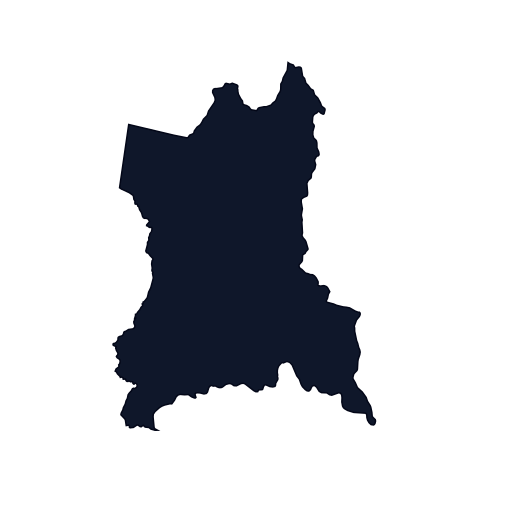 outline of Roraima, rotated 193°
{"feature_id": "BRA-670", "entity_name": "Roraima", "entity_type": "State", "adm_level": 1, "iso_a3": "BRA", "parent_name": "Brazil", "parent_adm1": "", "projection": "robinson", "projection_center": [-61.438, 1.924], "detail": "fine", "context": "isolated", "style": "filled", "palette": "ink", "viewbox_px": 512, "rotation_deg": 193, "n_neighbors": 0, "source": "natural_earth", "source_scale": "10m", "svg_char_len": 6126}
<svg xmlns="http://www.w3.org/2000/svg" viewBox="0 0 512 512"><g transform="rotate(193 256 256)"><path d="M340.0,60.3L340.7,60.5L341.2,61.9L341.9,62.6L344.3,61.6L346.3,66.6L347.1,67.7L351.9,70.9L352.0,72.5L351.1,76.1L351.1,78.3L350.1,82.2L350.0,85.7L349.3,88.3L349.4,92.0L348.6,94.0L347.2,96.4L346.5,98.9L345.6,99.6L344.1,99.7L342.7,101.4L342.6,102.5L342.8,103.6L343.4,104.4L344.8,105.0L345.6,104.8L346.0,103.7L346.5,103.7L347.4,104.4L347.7,105.5L348.2,105.7L350.0,105.2L351.9,105.8L352.4,105.0L353.5,104.8L354.5,105.3L355.5,106.7L357.6,106.1L357.9,106.3L357.7,107.0L358.1,107.5L360.1,107.8L360.9,107.2L361.6,108.2L364.6,110.1L365.9,111.7L367.3,112.1L366.9,114.5L365.1,116.6L364.6,117.7L365.3,119.0L364.6,120.4L364.6,122.6L365.2,124.1L366.1,124.8L368.3,125.6L369.4,126.6L369.2,127.4L368.6,128.4L368.5,129.8L369.0,130.7L370.7,132.5L372.0,134.7L372.0,136.2L375.0,136.9L375.5,138.0L375.1,138.7L373.7,139.3L372.7,140.4L371.6,142.9L372.0,145.2L371.8,146.0L370.8,146.9L368.7,148.0L368.1,148.7L367.6,150.2L367.6,151.9L367.3,152.6L365.7,153.6L363.7,155.7L359.5,157.3L358.2,159.0L358.2,160.7L359.9,163.2L360.3,164.7L359.3,168.1L360.2,167.7L360.0,170.6L360.3,172.1L359.2,172.6L358.7,174.5L357.1,177.6L356.4,180.3L355.4,181.6L355.4,182.4L356.1,183.7L355.2,184.2L355.7,185.6L354.6,186.6L352.7,190.5L352.5,192.0L352.5,196.6L351.4,201.4L351.1,210.9L351.3,212.1L352.9,215.7L352.6,216.9L353.5,217.4L354.2,218.6L354.4,220.9L355.9,224.7L356.2,227.9L355.6,229.4L356.1,230.5L359.2,232.5L361.4,234.4L363.4,234.7L364.5,236.1L364.3,242.6L364.8,244.9L363.9,247.2L364.7,249.8L364.3,251.7L364.4,253.8L363.3,256.2L363.4,258.5L363.6,259.6L364.1,260.3L366.4,259.9L368.3,260.8L369.4,260.9L369.5,261.7L367.6,265.3L367.6,265.8L368.8,267.1L369.8,267.9L371.4,268.0L373.2,267.6L374.3,267.9L375.4,269.0L376.8,271.6L377.7,272.9L379.8,274.9L381.3,277.6L382.4,278.0L383.2,279.5L383.8,279.7L385.3,279.4L385.9,280.3L386.3,282.4L387.7,283.7L388.8,286.5L389.4,287.4L393.7,289.2L402.3,291.0L404.3,291.8L409.6,355.5L363.1,355.2L349.9,355.6L348.7,356.3L348.3,357.8L347.7,359.0L345.1,360.7L344.3,361.7L344.2,364.1L342.4,368.3L340.3,370.7L339.6,371.8L338.7,374.4L338.0,377.4L335.2,381.9L334.8,386.6L331.2,395.8L330.8,398.2L330.9,399.1L331.7,401.3L335.0,405.5L335.4,407.4L334.9,409.0L333.6,409.9L331.8,410.3L326.5,412.4L325.2,415.0L324.8,416.8L324.0,417.5L320.1,417.5L318.0,419.0L313.1,418.4L312.1,417.8L311.8,417.0L311.8,415.1L311.1,413.8L310.8,412.5L309.5,409.6L306.4,406.0L304.1,404.0L303.0,401.2L301.7,400.6L299.0,400.5L296.3,399.6L294.6,398.0L293.4,397.4L288.2,397.7L287.9,398.0L287.1,400.4L286.3,401.2L281.8,403.2L279.4,403.8L275.3,406.4L274.0,408.9L271.9,411.4L271.3,413.8L270.9,417.3L269.4,421.9L269.4,424.0L270.5,429.2L269.6,432.1L269.6,435.6L267.3,443.9L268.3,451.7L266.3,450.9L262.6,450.5L261.0,448.8L260.1,448.3L256.8,449.8L255.3,449.9L254.4,449.5L254.0,448.9L251.0,441.6L248.6,439.9L246.3,435.7L243.6,434.0L240.4,431.2L237.5,430.3L235.2,426.2L231.4,423.9L227.8,419.9L226.0,417.1L225.2,416.5L222.2,415.2L221.6,414.0L221.7,410.0L222.1,409.4L223.0,409.3L225.2,409.9L226.6,410.8L227.7,410.9L228.2,410.6L228.9,409.1L230.6,407.7L231.6,406.2L232.0,404.4L231.2,399.2L230.7,398.0L228.9,396.6L228.4,395.4L228.6,390.2L227.9,386.8L226.2,383.8L224.1,382.7L223.0,381.7L222.1,379.8L220.9,375.0L218.3,371.5L217.4,369.3L217.5,368.3L217.8,367.7L218.8,367.2L219.6,366.2L220.5,363.1L220.2,361.7L218.4,358.4L218.3,354.2L220.3,349.8L220.4,348.4L219.9,345.4L220.0,344.2L222.1,341.4L222.8,338.3L219.9,329.1L219.6,327.0L220.0,325.8L222.7,323.9L224.6,321.6L224.1,318.8L221.4,312.4L221.1,306.7L220.8,305.4L219.1,301.7L218.9,299.2L215.9,289.0L215.9,286.7L215.5,285.8L214.3,284.4L211.7,282.5L210.5,281.1L207.0,274.8L206.9,274.0L208.3,271.6L208.8,269.6L210.8,267.6L209.8,262.0L210.1,260.7L211.9,257.4L212.0,256.7L211.6,255.3L210.6,254.1L208.3,253.2L203.9,250.5L201.4,250.5L199.0,250.1L196.6,250.5L194.5,249.7L192.4,248.1L189.7,244.9L189.3,243.4L189.3,242.1L189.0,241.6L188.4,241.2L186.4,241.2L183.6,242.3L182.4,242.4L180.3,242.0L178.8,240.9L176.1,237.8L176.9,235.1L176.8,231.1L177.4,228.2L177.2,227.4L176.2,226.9L169.6,226.7L166.4,226.1L159.6,226.0L156.4,226.4L153.1,226.5L146.8,224.6L143.8,224.2L142.7,224.5L141.9,224.0L141.4,223.0L141.4,221.7L141.7,220.3L143.7,216.2L144.5,209.7L143.7,208.0L142.9,204.8L138.9,196.1L137.3,193.8L135.4,190.0L133.8,187.8L132.9,185.8L132.7,183.3L133.2,178.3L133.0,175.9L131.7,168.5L131.9,167.1L133.8,163.9L134.2,162.9L134.3,159.6L133.9,158.2L130.7,154.8L127.6,150.6L121.9,147.4L116.9,143.0L114.7,139.5L111.2,136.0L110.2,134.6L107.9,129.6L106.8,126.2L106.1,125.3L103.0,123.4L102.4,122.1L102.4,119.7L102.8,118.5L103.5,117.8L105.9,117.6L108.3,119.0L110.3,121.1L111.5,123.3L112.3,125.9L113.0,127.1L113.9,127.5L125.6,125.6L132.0,126.1L135.5,127.2L136.8,128.0L137.9,129.3L139.5,133.0L140.3,137.2L141.1,139.6L142.5,141.3L144.6,141.4L150.9,137.4L153.1,137.4L156.2,138.6L161.4,137.6L163.9,138.3L167.4,141.8L169.7,143.0L171.8,142.2L172.5,140.3L172.9,138.0L174.1,136.3L175.9,136.1L177.9,136.9L181.3,139.1L183.1,141.1L186.1,145.8L189.3,148.4L196.2,157.9L198.6,159.6L199.6,160.0L201.8,160.2L202.7,159.9L205.3,158.0L206.6,158.0L207.1,157.6L209.0,154.3L209.5,152.0L209.5,149.6L209.0,147.1L208.1,144.9L208.0,143.4L207.2,141.9L207.0,140.4L208.2,136.5L207.9,134.1L208.2,133.2L210.2,132.2L213.1,131.9L217.3,132.7L218.8,132.2L219.4,129.9L219.5,127.8L220.0,127.1L222.8,126.3L223.5,125.6L223.8,124.2L225.6,123.7L227.9,124.3L237.8,128.9L239.8,129.2L242.0,128.3L245.9,125.1L248.3,124.7L251.3,125.9L253.5,125.7L256.5,124.1L259.2,120.8L260.3,120.0L262.3,119.5L264.3,119.7L266.3,120.3L268.5,119.6L270.1,119.9L270.9,119.5L271.9,118.4L272.4,117.0L272.7,112.5L273.5,110.9L275.7,109.9L279.7,110.0L282.2,109.6L283.5,109.1L284.3,108.2L284.1,107.0L282.7,104.7L283.1,104.0L284.1,103.8L287.1,104.3L290.7,105.8L294.5,104.7L298.8,104.1L300.6,103.1L302.1,100.9L303.0,97.1L304.8,93.0L306.6,92.7L311.6,90.2L314.0,88.5L315.9,86.6L319.4,81.7L320.5,78.8L320.1,76.1L316.7,65.9L315.7,64.9L312.8,64.1L315.2,63.5L319.4,63.7L321.7,64.8L325.4,64.4L326.4,64.7L327.5,65.7L327.9,65.7L329.4,63.8L330.5,63.7L332.7,64.6L333.9,64.6L336.9,61.4L340.0,60.3Z" fill="#0f172a" stroke="#020617" stroke-width="1.5"/></g></svg>